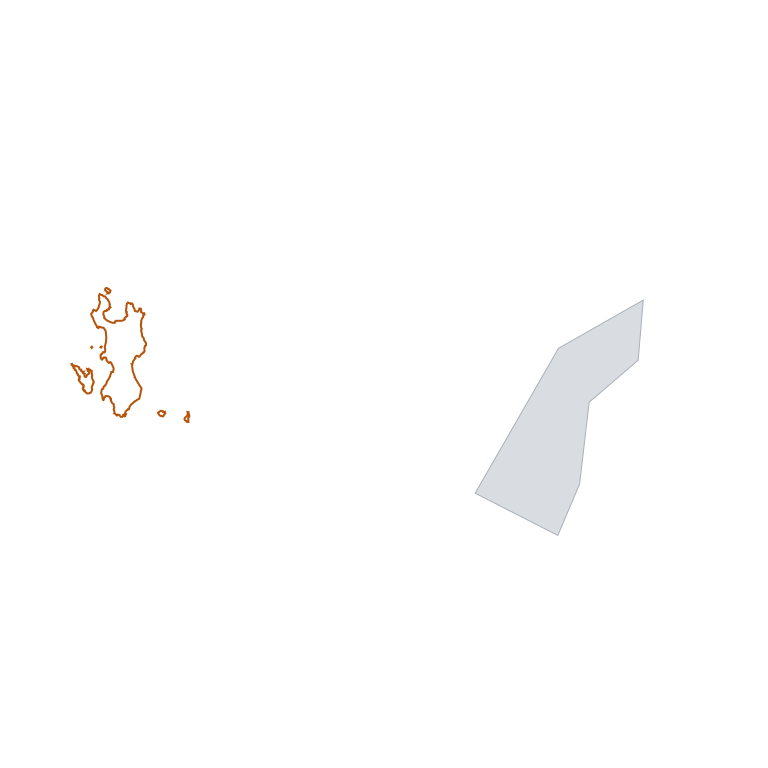 location of Praslin, Baie Sainte Anne, Seychelles, rotated 242°
{"feature_id": "34574756B43978553392406", "entity_name": "Praslin", "entity_type": "district", "adm_level": 2, "iso_a3": "SYC", "parent_name": "Seychelles", "parent_adm1": "Baie Sainte Anne", "projection": "mercator", "projection_center": [55.728, -4.319], "detail": "fine", "context": "in_parent", "style": "outline", "palette": "amber", "viewbox_px": 768, "rotation_deg": 242, "n_neighbors": 0, "source": "geoboundaries", "source_scale": "gbopen_adm2", "svg_char_len": 6306}
<svg xmlns="http://www.w3.org/2000/svg" viewBox="0 0 768 768"><g transform="rotate(242 384 384)"><path d="M333.6,554.8L336.4,652.3L285.7,619.6L271.6,556.6L203.8,509.7L168.7,466.4L244.8,413.2L333.6,554.8Z" fill="#d9dde1" stroke="#a8b0b8" stroke-width="1"/><path d="M501.8,128.6L501.0,128.1L501.9,129.3L502.5,129.5L502.7,129.9L503.4,130.3L503.1,130.7L503.2,131.1L504.0,132.1L504.0,132.4L503.8,133.1L502.3,135.2L501.1,135.8L500.4,135.8L499.6,135.5L499.3,135.9L498.9,135.6L498.7,135.8L497.2,134.9L496.8,135.1L494.7,135.0L493.1,135.9L491.6,135.1L489.8,134.8L488.4,133.3L486.8,133.2L484.8,132.4L484.7,132.1L483.9,132.8L481.6,133.2L481.4,133.9L481.9,134.5L481.5,135.2L480.7,135.9L478.8,136.0L477.9,137.2L478.1,138.3L479.3,139.3L479.2,139.7L478.2,140.7L477.4,139.9L477.1,140.0L477.2,140.4L478.2,141.6L478.3,140.8L479.0,140.9L480.5,142.3L481.1,143.4L482.0,146.0L481.6,146.1L481.5,146.9L482.5,148.0L483.0,148.2L484.5,150.8L485.7,155.9L485.5,156.1L485.9,158.1L485.9,160.8L486.4,161.6L488.1,162.8L489.9,164.6L492.0,165.9L492.9,167.2L494.4,167.9L497.3,167.5L504.4,167.1L506.7,167.2L507.0,167.0L507.4,167.4L512.8,168.1L517.6,169.8L519.4,170.9L519.7,170.8L519.6,171.0L519.9,171.4L521.9,173.3L523.4,176.4L523.9,176.2L524.1,176.3L524.1,176.8L524.7,177.5L525.0,178.4L524.8,179.4L523.0,180.4L523.1,181.3L524.3,183.7L524.3,184.4L524.7,185.4L524.8,185.7L524.5,185.7L524.7,186.9L525.2,187.8L525.9,188.3L527.3,188.7L527.7,189.1L528.5,189.4L529.3,190.5L529.7,190.8L529.6,191.0L529.9,191.3L529.8,191.8L530.5,192.5L532.0,193.1L535.3,192.7L536.9,193.3L537.7,193.3L539.7,192.9L541.7,193.8L545.3,194.6L546.2,195.9L546.8,196.1L547.2,195.9L550.2,196.9L550.4,197.3L551.7,197.9L551.8,198.2L552.6,198.8L553.6,199.2L555.4,201.0L556.1,202.7L558.1,203.9L557.6,204.4L557.7,205.2L559.0,205.4L559.0,204.9L561.5,203.3L562.0,203.4L562.7,204.0L564.6,204.7L565.1,204.1L565.0,203.7L565.4,203.4L564.2,202.1L563.5,200.4L565.0,198.7L565.7,198.3L567.5,199.0L570.4,198.8L571.9,199.5L572.7,199.5L573.5,199.3L573.6,199.0L573.6,197.8L574.4,197.8L574.5,197.3L576.1,196.2L575.7,195.0L574.3,193.5L572.7,192.7L570.0,190.6L569.5,190.4L568.6,190.6L568.3,190.3L568.1,190.6L567.5,190.2L567.4,189.8L566.0,189.5L565.5,189.8L564.9,189.5L564.5,189.0L564.2,186.1L563.5,185.5L562.8,185.6L562.6,185.2L562.9,182.2L565.6,177.1L565.3,176.6L565.5,176.0L564.4,174.9L565.6,173.0L567.0,171.6L569.7,169.5L571.5,168.7L573.7,168.0L573.9,168.3L575.0,168.7L577.4,168.9L579.1,170.1L579.5,170.9L579.4,172.1L579.2,172.2L578.8,173.2L579.1,173.4L579.1,173.8L579.4,173.9L579.6,174.4L579.2,175.2L579.6,176.0L579.2,176.3L580.3,177.3L580.1,177.7L580.5,178.2L580.4,178.5L580.6,178.5L580.9,178.1L581.1,178.5L582.2,178.6L582.9,179.2L583.1,179.0L584.7,179.8L585.8,179.9L587.3,179.6L588.1,179.8L589.8,179.4L589.9,179.7L589.9,179.2L590.3,179.0L592.0,179.0L592.5,178.7L592.9,177.7L594.8,177.0L595.0,176.4L596.9,175.2L596.0,173.9L595.2,173.4L593.5,173.0L592.4,172.0L589.7,171.7L587.5,169.9L587.1,169.0L586.1,168.6L584.4,166.2L583.6,164.0L584.3,163.7L585.9,162.4L585.3,161.2L584.5,161.0L583.4,158.4L581.9,157.9L580.3,157.8L579.5,158.2L576.2,157.5L575.0,157.6L572.9,157.4L569.9,157.6L569.0,157.2L567.5,158.0L567.5,158.5L568.4,159.4L567.4,160.5L566.6,160.9L565.5,162.6L564.7,162.9L561.3,163.1L555.5,160.7L551.7,158.3L547.6,154.7L545.3,154.1L543.4,152.8L543.2,151.7L543.9,151.3L544.0,150.9L543.9,150.4L542.9,149.1L542.9,148.7L543.1,148.4L542.9,147.6L542.1,147.3L541.9,146.9L541.5,146.9L540.7,146.4L539.5,146.0L537.9,146.4L537.9,147.0L538.8,148.2L538.6,149.0L538.9,149.4L537.9,150.8L537.5,150.9L537.0,150.6L536.5,150.8L535.1,150.1L532.0,150.8L531.7,151.2L531.9,152.5L530.9,153.1L524.7,152.7L522.0,150.5L521.8,150.2L522.6,148.8L522.5,148.6L521.9,148.4L520.1,146.3L519.3,145.8L518.5,144.2L518.3,144.1L517.6,143.2L516.3,140.5L514.6,139.0L513.8,137.4L513.4,137.1L513.6,136.6L513.2,135.1L512.0,134.3L511.6,133.6L511.9,132.7L511.7,132.4L510.3,131.1L508.4,129.8L507.6,129.9L505.5,129.6L503.6,128.8L502.6,128.5L501.8,128.6ZM520.5,115.7L520.4,116.1L519.9,116.3L518.8,116.0L518.8,116.6L518.5,116.9L517.1,116.5L514.9,117.5L514.8,118.1L514.1,119.1L514.3,119.9L514.0,120.9L514.2,121.0L514.4,121.8L516.4,124.0L517.9,124.1L519.3,125.5L519.4,125.9L519.9,126.1L520.6,127.0L521.6,128.5L522.3,128.4L523.1,128.9L525.0,128.8L527.4,129.4L527.8,129.6L528.2,130.2L529.6,130.5L530.0,131.0L531.7,131.2L532.0,131.7L532.7,132.1L532.9,131.9L532.7,131.6L533.2,131.7L534.1,131.4L534.3,130.6L534.8,130.0L535.2,129.9L535.4,130.2L535.5,130.0L536.2,130.1L536.3,129.2L536.0,129.1L536.3,128.9L535.4,128.7L534.9,129.1L534.4,128.7L533.7,129.1L532.1,129.0L531.6,128.0L531.4,125.9L530.1,124.5L530.5,123.6L531.0,123.2L531.5,123.3L533.2,124.0L533.5,124.5L534.9,123.3L535.2,123.4L535.3,123.6L535.6,123.3L536.0,123.3L536.1,124.0L536.3,123.6L537.7,122.8L538.3,123.3L538.9,123.3L539.0,122.8L540.1,122.0L541.0,122.2L541.6,122.6L542.1,122.6L544.1,121.0L544.6,119.7L545.3,119.5L546.6,118.3L547.4,118.0L548.3,118.0L548.4,117.5L547.8,117.2L547.3,117.7L546.3,117.4L544.9,117.8L543.8,117.4L543.2,117.9L541.7,117.6L541.4,117.9L541.5,118.2L541.0,118.3L538.7,118.2L537.8,117.8L536.1,118.3L535.6,117.9L534.5,118.3L534.0,118.1L533.5,119.0L532.8,118.7L532.0,117.7L531.4,117.6L531.4,117.2L531.7,117.1L531.2,116.5L529.7,116.2L529.2,116.6L527.4,116.7L525.9,117.4L525.6,117.2L525.4,117.7L525.1,117.7L524.8,118.0L524.3,118.1L523.7,117.7L523.4,118.1L522.1,117.2L521.8,116.7L522.0,116.4L521.8,116.0L520.5,115.7ZM464.6,170.8L461.5,171.2L460.6,171.9L460.3,172.5L459.2,173.4L459.2,174.0L460.4,175.8L460.6,177.0L461.6,177.0L462.3,177.4L462.4,176.7L462.7,176.2L463.8,176.0L463.7,175.6L464.0,175.6L465.1,174.4L465.1,173.3L464.8,172.4L464.9,171.5L464.6,170.8ZM447.5,192.0L446.5,191.3L445.6,191.2L443.9,192.3L443.4,192.0L442.8,192.8L442.4,193.0L442.3,193.5L443.2,193.6L443.4,194.0L444.2,194.3L444.5,194.7L445.8,195.0L446.6,196.4L446.6,196.8L447.2,197.2L449.4,197.6L450.8,198.2L450.9,197.7L451.4,197.3L450.0,196.8L449.2,196.1L448.6,196.1L447.5,192.0ZM598.6,182.2L597.5,181.8L597.0,182.2L595.8,182.3L594.7,183.2L593.9,183.0L593.8,182.8L593.7,183.3L593.3,183.5L593.6,184.0L593.5,185.0L594.9,186.4L596.3,185.7L597.3,185.5L597.4,184.9L598.5,184.6L599.3,183.8L599.2,182.9L598.6,182.2ZM549.5,152.2L549.8,152.0L549.8,151.4L549.5,150.9L549.0,151.2L549.5,152.2ZM553.9,142.7L553.3,142.8L553.5,143.0L553.5,143.6L554.1,143.5L553.9,142.7Z" fill="none" stroke="#b45309" stroke-width="2"/></g></svg>